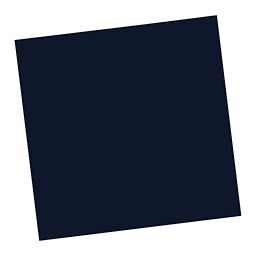 Barton, Kansas, United States of America, rotated 263°
{"feature_id": "52423323B76483711155183", "entity_name": "Barton", "entity_type": "district", "adm_level": 2, "iso_a3": "USA", "parent_name": "United States of America", "parent_adm1": "Kansas", "projection": "mercator", "projection_center": [-98.777, 38.479], "detail": "fine", "context": "isolated", "style": "filled", "palette": "ink", "viewbox_px": 256, "rotation_deg": 263, "n_neighbors": 0, "source": "geoboundaries", "source_scale": "gbopen_adm2", "svg_char_len": 317}
<svg xmlns="http://www.w3.org/2000/svg" viewBox="0 0 256 256"><g transform="rotate(263 128 128)"><path d="M27.8,188.6L27.8,229.0L31.4,229.0L67.9,229.0L71.3,229.0L148.2,229.1L228.4,229.2L228.1,148.6L228.2,108.2L228.4,26.8L226.2,26.9L27.6,26.9L27.8,188.6Z" fill="#0f172a" stroke="#020617" stroke-width="1.5"/></g></svg>